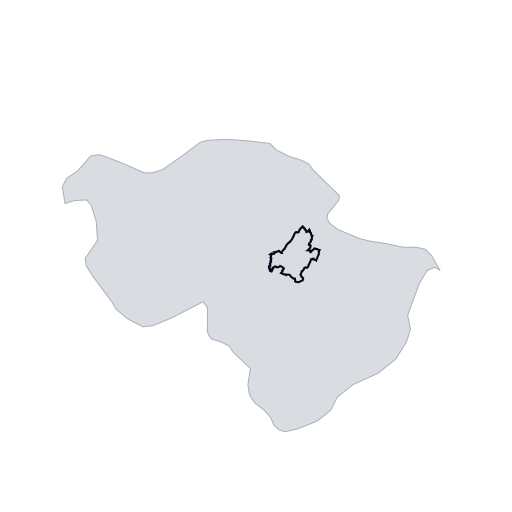 Rulindo, Northern, Rwanda (highlighted), rotated 58°
{"feature_id": "39286606B38837433870904", "entity_name": "Rulindo", "entity_type": "district", "adm_level": 2, "iso_a3": "RWA", "parent_name": "Rwanda", "parent_adm1": "Northern", "projection": "mercator", "projection_center": [30.0, -1.752], "detail": "fine", "context": "in_parent", "style": "outline", "palette": "ink", "viewbox_px": 512, "rotation_deg": 58, "n_neighbors": 0, "source": "geoboundaries", "source_scale": "gbopen_adm2", "svg_char_len": 6749}
<svg xmlns="http://www.w3.org/2000/svg" viewBox="0 0 512 512"><g transform="rotate(58 256 256)"><path d="M206.4,162.3L212.0,162.2L248.9,153.4L252.5,156.1L258.5,173.2L261.6,175.7L266.8,176.3L277.1,172.4L296.1,159.0L304.3,150.9L314.1,139.5L326.5,126.6L333.5,115.4L340.2,108.8L349.1,106.8L359.0,107.3L365.8,107.5L360.2,110.2L359.0,118.5L365.5,131.6L386.6,158.8L400.1,163.8L408.9,174.4L417.5,192.3L420.1,214.6L416.5,241.4L418.6,261.4L426.4,274.5L428.4,291.4L424.7,312.3L420.3,324.8L415.0,328.9L408.9,330.5L400.8,329.1L390.9,330.8L380.1,334.8L373.3,335.3L369.0,334.6L361.1,331.2L348.5,320.4L325.0,326.4L318.6,326.3L310.0,331.4L303.0,337.7L298.7,338.1L294.4,337.3L274.2,324.6L266.8,325.0L263.7,360.7L260.4,380.6L256.2,389.4L241.7,398.0L227.1,402.8L219.2,402.5L187.1,405.1L174.5,405.2L167.6,402.2L158.6,382.0L141.6,373.0L125.3,368.8L118.7,369.9L112.8,380.5L110.3,390.1L94.5,383.5L89.8,375.5L89.3,361.9L83.6,343.3L86.8,335.4L93.0,330.2L106.1,320.4L126.1,306.8L130.4,300.3L133.2,289.5L131.9,264.3L130.0,243.0L132.4,235.5L141.5,219.1L153.7,202.3L168.0,184.5L176.5,182.7L187.8,176.0L199.8,166.1L206.4,162.3Z" fill="#d9dde1" stroke="#a8b0b8" stroke-width="1"/><path d="M276.9,244.2L277.1,243.4L277.2,242.8L277.3,242.8L277.5,242.2L277.4,242.1L277.4,241.6L277.2,240.9L277.8,240.7L278.2,240.1L278.5,239.9L279.8,239.4L280.1,239.4L280.4,239.3L280.9,239.3L281.3,238.9L281.4,239.0L281.8,239.6L282.0,240.2L282.1,240.3L282.2,240.8L282.3,240.9L282.2,240.9L282.3,241.1L282.2,241.3L282.4,241.7L282.9,242.0L283.3,242.5L283.5,243.2L283.5,243.5L283.7,243.9L284.6,243.1L285.1,242.9L285.3,242.9L285.9,242.2L286.5,242.0L287.0,241.4L287.1,240.8L287.5,240.4L287.8,240.3L288.3,240.4L288.3,240.0L288.2,239.6L288.4,239.2L288.8,238.6L288.9,238.3L289.5,237.7L290.1,237.4L290.6,237.3L290.9,237.4L291.5,237.2L292.2,237.2L292.4,237.3L293.4,236.9L294.0,236.5L294.9,236.3L295.0,236.0L295.3,235.9L295.5,235.4L295.6,235.0L295.7,234.9L297.1,235.5L297.6,236.0L298.0,236.2L298.8,236.2L299.1,235.9L299.2,235.5L299.6,235.1L299.7,234.9L300.2,234.6L300.6,234.3L300.7,233.5L301.0,232.7L301.0,231.0L301.3,230.3L301.4,229.3L300.9,228.9L300.3,228.0L300.0,228.0L299.6,227.8L298.7,227.9L298.2,228.5L296.8,228.3L296.8,228.2L296.1,228.2L295.9,228.0L295.6,228.1L295.6,227.8L295.4,227.6L295.2,227.5L294.7,227.2L294.3,226.7L294.2,226.2L293.7,225.9L293.7,225.7L293.3,225.5L293.1,225.3L293.1,225.1L293.3,224.8L293.4,224.4L293.2,224.1L293.0,223.5L292.9,223.4L292.7,223.1L292.7,222.5L292.4,222.2L292.3,221.9L291.7,221.5L291.7,221.3L291.8,220.7L291.8,220.1L292.2,219.7L292.5,219.7L292.6,219.4L292.6,219.2L292.9,219.0L292.9,218.6L293.0,218.6L293.0,218.2L292.7,218.1L292.7,217.7L292.5,217.2L292.3,217.0L292.1,216.5L291.6,216.2L291.4,215.9L291.2,215.9L291.0,215.1L290.7,214.7L290.6,214.4L290.2,214.1L290.1,213.6L289.7,213.6L289.4,213.0L289.2,212.7L289.0,212.3L288.9,212.0L288.7,211.5L288.7,211.3L288.3,211.2L288.6,210.9L288.1,210.4L288.1,210.2L288.2,209.8L288.7,209.6L289.1,209.1L289.3,209.0L289.1,208.9L289.0,208.6L289.5,208.7L289.8,208.6L290.2,208.1L290.9,207.5L291.7,207.3L290.9,206.4L290.1,204.9L289.9,204.8L289.7,204.6L289.3,204.3L288.2,202.5L287.8,201.7L287.1,201.4L286.8,201.1L286.1,200.8L286.0,200.5L285.7,200.5L285.7,200.2L285.4,200.1L284.7,198.9L284.2,199.5L283.5,199.8L283.4,200.0L283.0,200.2L282.5,200.4L282.1,200.9L282.0,201.4L280.8,201.9L280.5,202.4L280.6,202.9L281.1,203.9L281.1,204.2L280.9,204.5L281.1,204.8L280.9,205.9L281.5,206.6L281.4,206.9L281.6,207.1L281.8,207.8L281.7,207.9L281.1,207.8L280.8,207.6L280.5,207.7L279.9,207.4L279.1,208.6L278.7,209.1L278.7,208.6L278.4,208.4L278.2,207.8L278.2,207.3L277.9,206.8L277.9,206.3L277.7,205.9L277.7,205.6L277.2,205.3L277.0,204.8L276.7,204.7L276.4,204.3L275.7,204.1L275.5,204.5L275.1,204.8L275.1,205.0L274.8,205.2L274.4,205.3L273.9,204.7L273.1,203.5L273.2,203.3L273.0,202.1L272.6,201.8L272.4,201.5L271.6,201.1L271.6,200.7L271.8,200.5L271.6,200.2L271.5,199.8L271.2,199.5L270.9,199.6L270.3,199.3L269.1,197.8L269.0,198.0L268.7,197.7L268.5,198.0L267.8,198.2L267.3,198.0L266.5,197.4L265.4,197.2L265.2,197.4L264.7,197.5L264.8,197.7L264.5,197.9L264.4,197.5L264.1,197.3L263.6,197.1L263.2,196.8L262.4,196.9L261.8,196.8L261.9,197.1L262.5,197.7L262.5,198.4L262.3,198.6L262.3,199.2L262.6,200.1L262.5,200.4L262.4,200.3L261.3,200.3L261.2,200.0L260.8,200.0L260.6,200.1L260.4,200.0L260.0,200.1L259.8,200.4L259.5,200.5L259.3,200.5L259.4,200.3L259.2,200.1L258.6,200.1L258.3,200.3L257.3,200.3L257.1,200.8L256.6,200.6L256.3,200.8L256.1,200.7L255.9,200.7L255.5,200.7L255.5,200.8L255.8,201.5L255.8,201.9L256.0,202.0L256.0,202.6L256.4,203.7L256.3,204.0L256.7,204.2L256.7,204.6L256.8,204.7L256.9,204.8L256.9,205.2L257.4,206.1L257.5,206.3L257.7,206.7L257.9,206.6L258.1,207.0L258.2,206.9L258.4,207.1L258.1,208.3L258.0,208.5L257.8,208.4L257.2,208.9L257.2,209.3L256.9,209.5L256.9,209.8L257.0,210.4L257.3,210.8L257.4,211.4L257.6,211.5L258.3,212.6L258.8,213.0L259.1,213.8L259.6,214.3L259.6,214.9L259.9,215.2L260.2,215.3L260.5,216.0L261.1,216.9L261.3,218.0L261.5,218.2L261.6,218.5L261.6,219.0L261.9,219.4L262.1,219.7L261.8,220.0L262.2,220.8L262.1,221.3L262.2,222.1L262.3,222.8L262.7,223.2L262.7,224.0L262.9,224.6L263.7,225.2L263.6,225.6L263.6,225.8L264.2,226.4L264.3,226.9L264.6,227.2L264.9,227.9L265.2,228.1L265.1,228.5L265.1,228.9L265.1,229.2L265.4,229.4L265.5,229.9L265.5,230.3L265.6,230.7L266.5,232.1L266.7,232.4L267.1,232.5L266.6,233.1L265.7,233.3L264.8,233.7L264.1,233.6L263.9,233.7L263.7,234.0L263.8,234.2L263.6,234.4L263.7,234.8L263.6,235.0L263.6,235.4L263.4,235.9L263.5,236.1L263.1,236.6L263.1,237.0L263.2,237.3L263.1,238.0L262.9,238.1L263.1,238.3L262.9,238.5L263.1,238.5L263.2,238.9L263.3,238.8L263.3,239.0L263.4,239.4L263.4,239.5L263.5,239.6L263.3,239.7L263.3,240.1L263.1,240.4L263.1,240.5L262.6,240.7L262.4,241.0L262.2,241.1L262.2,241.4L262.1,241.6L262.1,242.0L262.2,241.9L262.4,242.2L262.3,242.3L262.4,242.5L262.4,243.0L262.6,242.8L263.4,242.5L263.5,242.6L264.7,243.8L264.8,244.0L264.7,244.3L264.8,244.6L265.1,244.7L266.2,244.3L266.6,245.0L267.0,245.0L267.4,246.0L267.6,246.1L268.1,245.8L268.9,246.1L269.0,246.4L268.8,247.0L269.0,247.3L269.5,247.4L269.8,247.6L269.9,247.8L269.9,248.3L270.1,248.4L270.5,248.3L270.8,248.3L271.3,248.9L271.7,248.9L271.8,249.0L271.4,249.5L271.3,249.9L271.5,250.0L271.8,249.9L272.1,250.4L272.5,250.5L272.2,250.9L272.4,251.1L272.9,251.1L273.1,251.3L273.4,251.4L273.9,251.1L274.5,251.5L274.7,251.3L274.5,250.9L274.8,250.8L275.2,251.3L275.3,251.8L275.8,252.1L276.8,251.6L277.4,251.1L277.0,250.2L276.9,250.2L276.7,250.1L276.7,249.9L276.3,249.4L276.3,249.2L276.0,249.1L275.4,248.4L275.1,248.2L275.0,248.3L274.9,248.2L275.2,248.0L275.2,247.7L275.4,247.6L275.2,247.0L274.9,246.6L275.0,246.4L274.9,246.2L275.1,246.1L275.2,245.8L275.1,245.5L275.3,245.4L275.3,244.9L275.8,244.6L276.1,244.4L276.9,244.2Z" fill="none" stroke="#020617" stroke-width="2"/></g></svg>